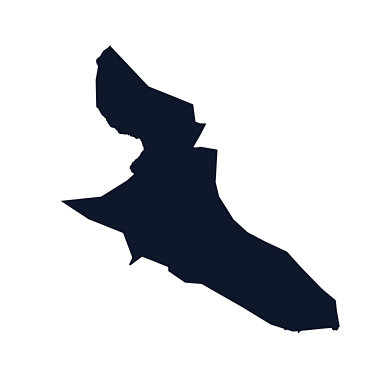 outline of San Francisco Teopan, Oaxaca, Mexico, rotated 353°
{"feature_id": "50627088B43256659786300", "entity_name": "San Francisco Teopan", "entity_type": "district", "adm_level": 2, "iso_a3": "MEX", "parent_name": "Mexico", "parent_adm1": "Oaxaca", "projection": "natural_earth1", "projection_center": [-97.547, 17.899], "detail": "fine", "context": "isolated", "style": "filled", "palette": "ink", "viewbox_px": 384, "rotation_deg": 353, "n_neighbors": 0, "source": "geoboundaries", "source_scale": "gbopen_adm2", "svg_char_len": 2427}
<svg xmlns="http://www.w3.org/2000/svg" viewBox="0 0 384 384"><g transform="rotate(353 192 192)"><path d="M108.1,95.5L108.5,96.3L109.6,96.9L110.0,97.3L109.9,98.1L110.3,99.1L111.0,100.4L111.4,101.7L111.9,102.9L112.5,104.2L113.3,104.9L114.4,106.3L114.8,106.9L115.2,107.5L116.3,108.2L116.4,108.6L116.1,110.1L117.3,111.6L117.3,112.7L117.7,113.6L118.6,114.5L118.9,116.0L119.6,116.7L120.8,117.8L122.0,117.8L123.9,119.0L124.8,120.7L126.1,121.7L126.7,123.7L128.0,125.0L130.1,125.2L131.2,125.8L132.4,125.6L133.2,126.3L134.6,126.0L135.4,126.0L136.1,127.2L137.4,126.4L138.0,128.5L139.4,128.8L140.3,129.4L140.9,129.6L141.7,129.6L143.3,131.9L144.3,131.8L145.8,131.4L146.6,131.8L147.5,132.9L148.7,135.7L149.0,137.0L148.9,137.8L149.3,138.6L149.4,139.1L149.4,139.6L149.6,140.7L150.3,141.4L150.0,142.9L150.0,144.6L148.2,146.1L147.3,146.8L146.9,147.3L146.4,147.8L145.9,148.9L144.8,150.3L143.6,151.1L143.2,151.6L142.7,152.3L141.7,152.9L141.1,152.9L139.9,153.6L138.9,154.9L137.1,155.8L136.4,156.5L136.2,157.4L135.2,158.4L134.4,159.0L133.9,159.9L134.0,160.6L133.8,161.1L134.2,161.7L134.7,162.3L134.8,162.8L134.8,163.4L134.8,163.9L135.0,164.4L135.2,164.7L135.8,164.6L136.2,165.0L136.6,165.8L137.4,166.5L137.6,167.4L129.0,173.4L101.3,186.3L62.6,185.6L86.3,205.7L119.3,223.8L125.4,249.3L125.1,250.7L121.3,256.8L134.6,249.2L153.9,259.8L160.0,263.1L159.6,267.3L174.4,280.4L190.6,283.7L227.6,311.3L254.6,332.6L260.3,335.2L267.1,338.3L267.3,339.4L268.0,339.7L267.7,338.5L273.4,341.2L275.5,342.1L280.9,342.3L280.6,343.1L280.7,343.9L283.2,342.3L289.8,342.5L295.4,342.6L300.6,342.7L304.4,342.8L308.3,342.9L311.8,343.0L314.5,343.1L314.7,343.8L315.0,344.4L315.1,345.1L315.8,345.9L316.6,345.7L317.5,345.8L317.7,345.6L318.0,345.4L318.4,346.0L318.8,346.3L319.8,345.4L320.7,343.2L321.1,343.4L321.4,343.1L321.1,338.0L321.1,337.3L321.0,334.7L320.9,333.5L320.8,331.4L320.6,328.2L320.6,326.9L320.6,325.1L320.7,321.2L320.7,317.2L319.2,315.6L318.2,314.6L314.3,310.4L311.2,307.2L307.4,302.8L290.5,280.5L278.5,263.4L257.0,249.9L241.7,239.2L229.3,224.8L217.6,199.9L215.9,185.1L221.6,153.6L205.5,148.8L205.2,149.2L202.8,149.0L201.7,149.4L201.5,149.0L198.6,148.5L197.5,148.1L206.7,135.9L213.3,126.3L208.0,125.5L203.3,123.2L203.1,105.6L161.2,82.5L128.3,37.8L128.3,37.7L125.9,39.5L123.9,40.5L121.9,41.5L119.8,43.8L118.0,46.5L115.0,48.3L113.9,49.2L113.5,50.5L113.6,52.0L113.9,53.4L115.0,55.3L110.8,69.1L108.1,95.5Z" fill="#0f172a" stroke="#020617" stroke-width="1.5"/></g></svg>